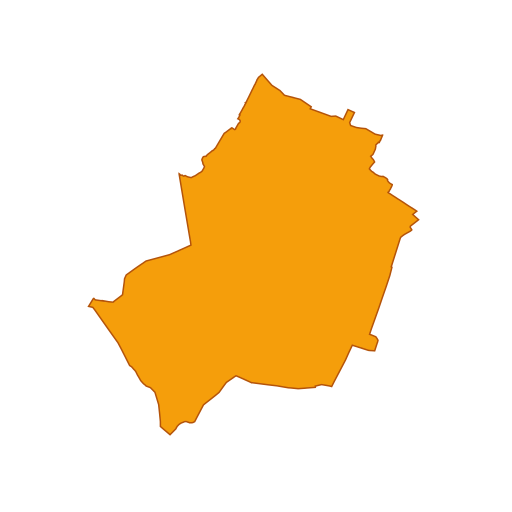 Nunspeet, Gelderland, Netherlands, rotated 58°
{"feature_id": "6326949B93829064241629", "entity_name": "Nunspeet", "entity_type": "district", "adm_level": 2, "iso_a3": "NLD", "parent_name": "Netherlands", "parent_adm1": "Gelderland", "projection": "albers", "projection_center": [5.765, 52.337], "detail": "fine", "context": "isolated", "style": "filled", "palette": "amber", "viewbox_px": 512, "rotation_deg": 58, "n_neighbors": 0, "source": "geoboundaries", "source_scale": "gbopen_adm2", "svg_char_len": 5670}
<svg xmlns="http://www.w3.org/2000/svg" viewBox="0 0 512 512"><g transform="rotate(58 256 256)"><path d="M362.0,423.6L360.1,415.5L359.6,414.8L358.7,413.1L358.1,410.8L358.0,409.8L358.0,407.9L358.4,405.9L358.6,404.5L358.7,404.2L358.9,403.7L359.2,403.3L359.5,402.9L359.7,402.6L360.7,401.9L361.2,401.4L362.1,400.8L362.4,400.5L362.6,400.0L363.0,399.5L363.8,397.9L363.8,397.5L364.0,395.8L362.4,393.1L361.5,391.6L354.5,379.6L354.4,379.3L354.1,376.9L352.7,363.9L352.1,359.6L348.6,351.0L347.5,348.1L347.0,338.0L347.0,336.4L349.7,334.5L359.3,328.1L361.2,326.9L361.2,326.7L362.1,325.6L371.7,313.9L377.3,306.9L379.2,304.8L384.9,298.4L386.1,296.7L390.9,290.5L393.9,284.8L394.9,282.8L398.7,275.5L398.8,275.3L398.7,275.1L398.0,274.5L397.8,274.5L399.7,268.8L400.0,268.3L400.7,267.5L405.2,262.5L406.8,261.0L404.0,256.4L391.6,235.2L386.9,228.2L382.7,221.6L395.3,210.9L395.9,210.3L397.1,208.7L397.7,207.8L399.3,205.6L394.0,199.3L393.5,198.6L392.1,197.2L390.1,197.1L388.0,197.2L383.8,200.2L382.6,201.2L378.7,196.5L365.4,179.7L358.2,170.9L350.9,161.8L343.6,153.0L337.6,146.7L336.9,147.1L317.6,124.5L317.3,124.1L316.9,123.5L316.8,123.3L316.5,120.9L316.4,119.3L316.4,118.4L316.4,118.0L316.5,115.7L316.7,112.3L316.6,110.9L316.5,110.2L316.4,110.0L313.2,110.0L312.8,109.6L312.5,109.3L311.4,98.9L307.7,100.0L303.8,101.1L303.5,98.7L303.2,95.9L300.9,96.9L294.5,100.0L291.2,101.5L290.8,101.7L289.8,102.1L284.9,104.4L283.4,105.1L283.1,105.3L282.9,105.4L280.2,106.6L277.1,108.1L274.6,109.2L272.7,110.2L272.1,110.4L271.8,109.8L271.6,108.8L271.5,108.5L271.4,108.3L271.1,108.0L270.9,107.7L270.6,107.0L270.4,106.4L269.8,105.7L269.3,104.7L268.6,103.7L268.0,102.9L267.6,102.6L266.1,103.5L265.2,103.9L264.8,104.1L264.2,104.2L263.3,104.4L262.2,104.5L261.8,104.5L261.5,104.4L261.1,104.0L261.0,103.9L259.9,104.0L258.9,104.4L258.4,104.6L255.7,106.1L255.6,106.3L255.6,106.8L254.8,107.7L254.3,108.3L253.8,108.8L253.4,109.2L252.9,109.5L249.7,111.5L249.2,111.6L246.7,112.4L246.7,112.5L245.7,113.0L243.9,113.4L242.2,113.7L241.7,113.0L241.4,112.5L241.2,112.1L239.9,108.3L239.1,105.6L238.0,105.5L236.3,105.4L235.2,105.7L232.2,105.9L231.9,103.4L231.8,103.0L231.2,102.0L229.4,99.3L228.8,98.4L228.4,97.9L228.0,97.6L227.3,97.0L226.6,96.3L225.8,95.9L225.2,95.3L225.1,94.7L224.9,93.8L224.8,93.1L224.7,92.6L224.6,92.3L224.5,91.9L224.9,91.8L225.0,91.5L225.1,91.3L225.0,91.2L224.9,91.1L224.6,91.2L224.7,90.8L224.4,90.4L224.3,90.1L224.1,89.9L224.0,89.7L224.0,89.4L223.9,89.1L223.5,88.7L223.2,88.5L223.1,88.0L222.7,87.5L222.5,87.3L222.4,87.1L220.6,84.6L220.3,84.9L220.2,86.0L215.8,90.4L206.2,95.4L203.3,99.2L200.2,102.8L195.5,106.6L192.5,105.9L186.5,96.5L180.6,100.4L186.6,109.7L179.6,114.2L177.4,118.3L159.9,132.0L158.7,130.1L146.7,135.4L134.8,146.7L128.4,148.0L119.7,152.1L105.2,154.4L105.6,157.3L105.7,157.5L105.7,158.0L105.8,158.9L105.9,159.4L106.2,159.8L106.5,160.5L106.8,160.9L106.8,161.2L107.0,161.6L107.4,162.2L107.7,162.4L108.0,163.0L108.4,163.6L108.8,164.0L109.1,164.8L110.0,165.8L110.1,166.0L110.1,166.4L110.2,166.6L110.5,167.1L110.8,167.4L110.9,167.7L112.2,169.7L112.7,170.5L113.0,171.1L114.1,172.8L117.8,178.7L118.8,180.4L119.1,180.8L119.3,181.2L119.4,181.4L120.0,182.1L120.1,182.3L120.2,182.9L120.5,183.2L120.5,183.3L120.6,183.2L120.7,183.3L120.9,183.5L121.0,183.8L121.4,184.5L121.7,185.2L122.1,185.6L122.4,186.2L123.0,187.1L123.3,188.0L123.7,188.5L123.9,189.0L124.5,190.0L124.8,190.5L126.6,193.8L126.9,194.5L127.3,195.3L127.5,195.4L127.9,195.1L128.0,195.0L129.3,197.1L130.0,198.7L131.1,198.0L131.4,197.9L132.3,197.7L132.6,197.7L133.0,197.8L133.5,198.1L133.9,198.5L134.1,199.0L134.3,199.4L134.3,199.6L134.2,200.2L134.2,200.4L134.9,201.7L136.4,204.5L136.8,205.2L136.9,205.4L136.9,205.5L137.3,205.7L137.4,205.8L137.5,206.3L137.6,206.6L137.6,206.8L137.5,207.1L136.5,207.6L134.6,208.5L134.4,208.8L134.4,209.0L134.4,209.4L134.5,209.6L134.8,210.0L134.6,210.5L134.6,210.9L135.1,216.2L135.1,217.2L135.1,217.5L135.1,217.8L135.2,218.1L137.3,222.2L138.5,224.5L142.4,232.0L143.2,233.4L143.2,233.5L143.0,234.0L143.2,234.5L143.6,235.3L143.6,235.5L143.6,235.8L143.6,236.0L143.8,236.3L143.7,236.8L143.5,237.1L143.5,237.6L143.8,238.2L143.8,238.9L143.8,239.0L143.8,239.4L143.8,239.6L144.0,240.3L144.1,241.9L144.2,242.8L144.4,243.9L144.7,245.0L144.9,245.2L145.0,245.3L145.0,245.6L144.9,245.8L144.8,246.0L144.5,246.3L144.4,246.6L143.9,247.9L143.9,248.1L144.7,249.7L145.6,250.8L145.9,251.0L146.2,251.1L147.7,251.4L148.8,251.7L149.6,252.1L150.4,252.2L151.8,252.2L152.6,252.3L152.8,252.3L153.0,252.5L153.4,253.0L153.9,253.8L155.5,256.8L155.6,258.1L155.7,258.6L155.6,259.7L155.5,260.1L155.7,264.3L155.7,265.2L155.4,266.9L155.2,269.3L155.1,269.5L154.9,269.7L153.4,271.3L152.1,272.4L151.4,272.8L150.3,273.4L150.2,273.5L150.1,274.4L150.0,274.7L150.0,274.9L149.8,275.1L149.4,275.4L148.5,275.6L148.3,275.7L148.2,275.8L148.1,276.0L147.8,276.9L147.7,277.1L147.3,277.3L146.7,277.2L146.3,277.3L145.5,277.6L145.8,277.8L176.4,290.5L204.3,302.0L209.2,304.0L212.3,305.4L209.1,328.5L207.4,334.2L206.3,337.8L205.9,339.1L203.4,347.3L202.0,351.9L202.3,359.1L202.5,363.4L202.6,365.3L202.7,366.8L203.3,376.0L204.1,377.3L205.1,378.7L205.2,379.0L205.3,379.1L205.7,379.6L208.1,381.4L218.1,389.7L218.4,391.9L219.2,400.7L219.4,401.0L219.4,401.5L219.3,401.8L218.1,403.4L216.7,405.2L212.9,409.4L213.2,409.4L208.0,415.6L206.0,416.0L206.0,416.7L210.0,424.7L213.1,421.6L216.3,421.3L239.9,420.0L255.1,419.1L256.1,419.0L264.4,419.6L281.9,421.2L284.0,420.2L285.8,419.9L287.3,419.7L288.5,419.4L289.3,419.3L290.3,419.2L294.3,419.6L296.3,419.6L300.6,419.8L304.1,419.2L305.6,418.8L306.5,418.4L308.0,418.1L311.7,415.3L318.0,413.9L330.5,417.3L338.9,421.4L345.7,424.8L347.0,425.6L349.9,427.4L354.5,426.0L362.0,423.6Z" fill="#f59e0b" stroke="#b45309" stroke-width="1.5"/></g></svg>